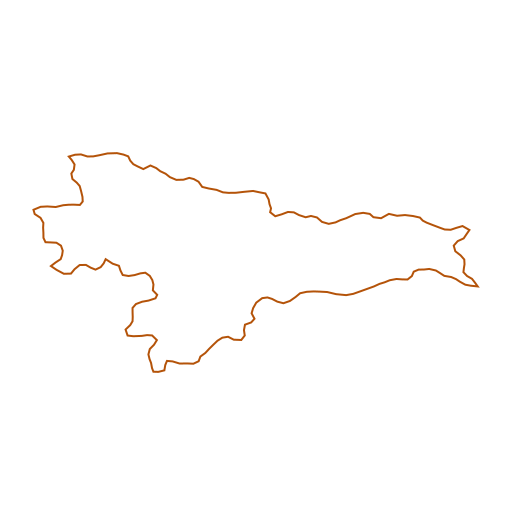 Joanésia, Minas Gerais, Brazil, rotated 267°
{"feature_id": "56859067B98397226350347", "entity_name": "Joanésia", "entity_type": "district", "adm_level": 2, "iso_a3": "BRA", "parent_name": "Brazil", "parent_adm1": "Minas Gerais", "projection": "equal_earth", "projection_center": [-42.708, -19.227], "detail": "fine", "context": "isolated", "style": "outline", "palette": "amber", "viewbox_px": 512, "rotation_deg": 267, "n_neighbors": 0, "source": "geoboundaries", "source_scale": "gbopen_adm2", "svg_char_len": 2867}
<svg xmlns="http://www.w3.org/2000/svg" viewBox="0 0 512 512"><g transform="rotate(267 256 256)"><path d="M313.8,36.2L309.5,37.2L305.4,42.8L300.2,45.4L295.5,44.9L290.2,44.9L285.2,44.7L280.8,46.5L280.3,51.8L279.7,57.4L276.5,61.8L271.4,63.3L267.0,62.4L263.1,60.8L260.0,55.5L256.7,50.7L252.6,56.1L248.3,63.2L248.1,70.3L252.3,74.1L256.2,79.4L256.0,85.7L253.0,90.3L250.8,95.0L253.0,100.3L256.6,103.5L260.7,105.7L255.8,112.5L253.4,118.6L248.6,119.9L244.0,121.9L242.7,127.7L243.3,133.8L244.7,139.6L245.1,144.6L241.7,148.9L237.4,151.2L232.9,152.1L227.1,151.2L222.4,155.3L219.0,153.4L217.1,146.3L216.3,139.9L214.3,133.6L210.6,130.0L206.2,129.8L201.6,129.7L197.3,129.3L193.6,126.8L189.4,121.9L183.3,123.6L182.3,129.3L182.2,137.8L182.7,143.1L182.1,148.1L177.2,152.6L172.7,149.5L168.7,145.1L163.4,143.4L158.6,144.3L154.7,145.6L149.5,146.3L145.8,147.5L145.4,152.4L146.6,158.5L151.9,159.7L155.9,161.6L155.1,167.2L152.6,174.1L152.3,181.7L151.7,187.8L153.9,193.2L158.5,195.2L161.8,200.3L165.9,204.5L169.7,208.8L173.4,213.1L176.2,218.1L176.8,223.9L173.6,229.4L172.9,236.9L177.2,240.6L182.6,240.1L188.0,241.4L189.9,247.7L193.4,251.2L199.0,248.6L204.1,250.4L209.4,253.8L213.6,260.0L214.0,265.3L212.3,269.8L209.3,274.9L207.4,280.9L209.3,287.5L213.0,293.4L216.5,298.1L217.6,304.8L217.6,311.9L217.1,317.6L216.3,325.2L213.7,334.0L212.2,344.0L213.1,351.1L215.0,357.5L217.5,365.8L219.4,372.1L221.7,377.9L223.0,383.1L224.8,388.3L225.7,395.1L225.0,400.7L224.6,406.1L227.8,410.6L232.1,412.7L233.9,417.7L233.7,423.0L234.0,428.3L232.1,434.9L229.3,438.9L226.3,443.0L224.8,449.8L222.4,454.6L219.7,458.2L216.4,463.5L215.1,468.9L214.0,475.8L217.9,473.3L221.9,470.5L225.0,465.7L229.0,462.3L233.1,463.0L236.8,463.8L241.6,463.8L245.9,460.4L250.3,455.3L256.0,454.0L260.3,458.2L262.7,464.3L267.2,467.7L270.8,470.5L275.1,463.8L273.6,457.5L272.0,451.8L272.6,445.8L274.6,441.1L277.5,434.5L280.4,428.1L282.6,424.4L285.8,421.7L287.7,414.9L289.1,406.9L288.8,399.0L291.1,390.9L287.2,382.9L288.6,375.3L292.1,371.8L293.5,365.3L292.7,357.3L290.7,352.3L289.0,348.0L287.3,341.9L285.4,337.2L284.3,330.3L286.6,323.7L291.3,318.9L293.1,313.0L292.1,307.6L294.6,301.1L297.6,296.1L298.3,290.2L296.3,283.9L294.7,277.3L299.0,272.4L302.8,273.5L307.1,272.2L311.8,271.6L318.0,268.7L319.2,263.7L321.1,256.5L320.7,247.2L320.2,239.3L320.5,231.8L321.3,226.3L324.1,220.1L325.9,212.3L327.8,205.9L333.2,202.5L336.1,197.9L337.5,193.4L336.0,187.6L336.2,180.4L339.3,174.1L342.9,170.0L345.7,164.8L349.0,161.0L351.9,155.3L348.7,148.0L351.7,142.4L354.1,138.3L357.8,135.4L362.2,133.6L364.2,129.0L366.0,122.6L366.2,113.1L364.8,104.6L364.0,98.7L364.2,92.9L366.6,86.5L366.6,80.6L365.1,74.3L361.5,77.0L356.9,79.6L351.6,78.6L348.0,75.9L342.5,76.7L338.7,80.8L335.1,83.6L330.1,84.7L324.1,85.8L319.5,85.8L316.2,82.8L316.8,76.7L317.0,71.7L316.8,66.1L315.4,58.6L316.4,50.2L316.4,43.5L313.8,36.2Z" fill="none" stroke="#b45309" stroke-width="2"/></g></svg>